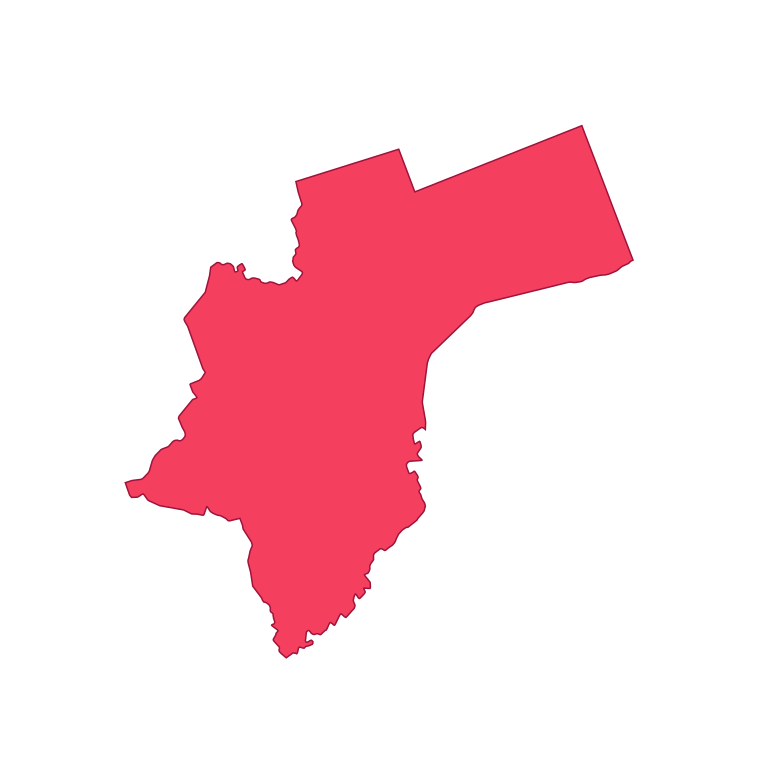 the border of Otjozondjupa, rotated 339°
{"feature_id": "NAM-3349", "entity_name": "Otjozondjupa", "entity_type": "Region", "adm_level": 1, "iso_a3": "NAM", "parent_name": "Namibia", "parent_adm1": "", "projection": "natural_earth1", "projection_center": [17.471, -20.567], "detail": "fine", "context": "isolated", "style": "filled", "palette": "rose", "viewbox_px": 768, "rotation_deg": 339, "n_neighbors": 0, "source": "natural_earth", "source_scale": "10m", "svg_char_len": 6099}
<svg xmlns="http://www.w3.org/2000/svg" viewBox="0 0 768 768"><g transform="rotate(339 384 384)"><path d="M661.3,213.7L661.2,223.3L661.2,238.5L661.2,253.8L661.1,269.0L661.1,284.3L661.0,299.6L661.0,314.8L660.9,330.1L660.9,345.3L660.9,357.6L658.2,357.8L656.4,358.7L655.0,359.1L648.4,359.5L642.8,361.4L641.3,361.7L634.1,362.0L630.3,361.6L625.0,360.0L614.0,358.3L609.8,358.3L606.2,359.0L604.1,358.9L599.4,357.9L597.4,357.2L594.8,355.8L593.0,355.2L509.5,344.7L506.8,344.3L500.6,344.4L497.7,344.9L495.7,345.9L492.4,349.4L489.2,351.3L439.7,372.2L438.6,372.9L435.0,376.2L432.0,379.9L413.6,413.9L413.0,415.6L409.7,432.5L409.0,435.0L406.3,441.3L405.5,439.8L404.8,439.0L403.8,438.1L402.1,438.2L394.7,440.1L392.7,441.5L391.6,446.2L391.1,449.9L391.1,450.9L391.5,451.1L392.4,451.0L395.8,450.3L396.7,450.3L396.9,450.7L396.9,451.7L396.7,454.1L396.4,455.4L395.9,456.6L394.5,457.7L390.9,460.2L390.0,461.1L389.9,462.3L390.1,463.5L390.4,464.6L391.9,467.7L392.2,468.6L391.6,468.8L380.8,465.5L379.8,465.3L378.9,465.5L377.7,465.9L376.7,466.6L375.8,467.7L375.4,470.0L375.3,475.6L375.5,476.5L376.0,476.8L377.0,476.9L379.1,476.7L380.9,476.2L381.3,476.5L381.6,477.4L382.4,481.2L382.5,482.5L382.3,483.6L380.8,485.1L380.5,486.2L380.6,487.5L381.1,492.7L381.1,493.9L380.8,494.9L378.2,496.6L378.1,497.4L378.1,497.8L378.4,499.2L378.6,500.2L378.6,501.1L378.3,504.6L379.2,509.7L379.1,511.2L378.8,512.9L376.0,516.8L373.8,518.3L367.3,521.7L366.0,522.9L355.2,526.3L353.0,525.9L348.7,526.9L343.8,529.4L340.3,532.6L338.1,535.0L336.9,536.0L334.1,537.5L329.3,538.6L326.3,539.7L325.5,539.8L324.9,539.6L323.3,537.6L322.3,536.7L321.4,536.6L320.3,536.8L315.5,538.2L314.4,538.7L313.3,539.4L312.6,540.7L311.4,544.1L310.8,544.7L307.4,546.9L306.3,547.9L305.4,549.1L304.6,551.4L304.2,552.1L303.4,553.1L302.4,554.0L301.4,554.8L300.2,554.9L298.1,554.8L297.4,555.1L297.5,556.2L299.6,562.8L299.9,563.9L299.9,564.7L298.8,568.0L298.4,569.0L297.8,569.8L296.9,569.6L292.7,567.6L291.9,567.5L291.8,568.1L292.0,570.4L291.9,571.5L291.1,572.3L290.0,573.0L285.2,575.3L284.2,575.5L283.7,575.0L283.3,574.0L282.8,571.4L282.4,570.4L281.9,569.8L281.0,570.6L280.1,571.6L278.4,573.9L277.8,575.0L277.6,576.2L277.7,580.0L277.0,581.4L275.7,582.8L265.8,587.9L264.7,588.3L264.0,587.5L263.3,586.4L262.7,585.0L262.1,583.9L261.4,583.1L260.4,583.6L259.3,584.4L252.5,590.8L251.6,591.4L251.1,591.4L250.4,590.4L249.8,589.1L249.0,588.0L248.2,587.4L247.0,588.2L245.9,589.2L243.8,591.4L242.8,592.3L241.7,593.1L240.3,593.1L235.6,595.1L234.6,595.2L233.2,593.9L231.9,593.0L229.1,592.9L227.8,592.0L226.9,590.8L226.1,588.3L225.6,587.3L225.0,587.0L224.0,587.1L223.0,587.6L222.2,588.6L219.3,594.3L218.8,595.1L218.6,595.8L218.8,596.7L219.2,597.5L220.1,597.6L223.5,597.0L224.4,597.2L224.9,598.0L225.3,599.2L224.8,600.4L223.8,601.3L220.7,601.5L217.6,601.1L216.6,601.1L215.6,601.6L214.7,602.0L213.6,601.4L211.5,599.7L210.6,599.3L209.7,599.9L208.9,600.9L207.4,603.2L206.6,604.1L205.9,604.6L205.3,603.9L203.9,603.2L202.8,602.4L194.6,604.6L191.3,598.5L190.7,597.1L190.4,595.9L190.6,594.9L190.9,594.3L191.7,593.3L191.9,592.6L191.9,591.8L189.0,584.4L188.9,583.3L189.4,582.4L192.9,579.6L194.0,578.0L196.1,576.9L196.7,576.5L196.4,575.4L193.0,569.9L192.6,568.9L193.0,568.6L193.9,568.5L195.1,568.6L196.0,568.1L196.8,566.9L196.9,563.4L197.6,560.0L198.0,559.3L198.0,558.8L197.8,558.2L197.1,557.0L196.5,555.9L196.6,554.8L197.0,553.7L197.6,552.5L197.8,551.0L197.6,549.1L195.9,546.2L195.0,545.3L194.1,544.8L193.7,544.6L193.1,542.5L193.0,539.7L189.0,525.7L192.0,512.0L193.1,502.3L193.5,500.8L193.9,499.7L195.2,498.1L199.1,492.0L203.2,487.6L203.6,484.0L200.5,468.9L201.3,464.9L201.3,457.8L191.3,456.5L190.4,456.2L189.6,455.8L189.1,454.9L188.3,453.2L187.9,452.6L184.5,448.7L183.6,448.0L181.9,447.0L180.5,445.9L177.8,443.1L176.7,441.6L176.0,440.1L175.2,436.0L175.0,435.3L174.6,435.0L174.0,435.6L169.6,440.9L168.9,441.5L168.2,441.7L167.0,441.1L162.7,438.4L157.9,436.4L151.7,429.7L131.1,417.3L122.9,409.0L121.9,407.6L120.3,401.4L119.9,400.6L119.5,400.2L118.4,400.3L114.8,401.1L113.7,401.3L112.9,401.2L107.7,399.4L107.0,397.6L106.7,396.3L107.1,383.4L114.2,383.8L122.7,385.9L124.2,385.9L125.7,385.5L132.0,382.5L133.6,381.3L140.1,372.7L141.6,371.3L145.0,368.7L152.2,365.4L153.2,365.2L159.6,365.2L160.6,365.0L165.7,362.3L166.6,362.0L167.9,361.7L169.4,361.9L171.0,362.4L172.8,363.9L174.3,364.0L175.9,363.7L177.4,362.9L178.8,362.0L180.0,360.9L180.5,359.3L180.8,357.8L180.7,356.4L180.1,352.3L179.8,342.4L180.4,341.5L181.4,340.4L199.8,329.9L202.9,330.0L203.8,329.9L204.5,329.6L204.4,328.5L202.7,323.2L202.6,322.0L202.7,315.1L203.0,314.7L203.6,314.5L212.7,314.4L215.5,313.5L221.3,309.2L220.4,304.6L221.4,259.9L220.5,254.6L220.4,252.6L220.4,252.4L221.0,251.3L221.8,250.5L250.0,234.3L259.8,220.6L264.1,212.9L271.5,210.8L272.9,211.3L274.2,212.2L274.7,213.4L275.7,214.5L277.2,215.2L280.7,215.0L282.4,215.8L283.8,216.9L285.1,219.4L285.4,220.3L285.4,221.4L284.9,225.0L285.1,225.9L285.8,226.2L286.8,226.3L287.7,226.2L288.3,225.9L288.5,224.9L288.5,223.8L288.7,222.7L289.2,222.0L291.8,221.1L294.0,220.7L294.6,220.9L294.9,221.8L295.4,225.6L295.5,226.7L295.3,227.7L294.5,228.0L292.7,228.3L292.1,228.7L292.0,229.7L292.2,234.6L292.4,235.7L292.7,236.4L293.5,237.2L294.6,237.8L296.0,238.2L298.2,237.8L299.7,238.1L301.0,238.6L304.5,241.1L305.1,241.6L305.5,242.3L305.6,244.3L306.3,245.2L308.2,246.9L309.5,247.5L311.1,248.0L313.6,247.7L315.4,248.5L317.1,249.7L320.8,253.2L321.3,253.6L321.8,253.9L328.3,254.2L329.7,253.7L333.0,252.1L335.6,251.5L336.8,251.5L337.4,252.2L337.9,253.2L338.6,255.4L339.1,256.4L340.0,256.4L341.3,255.7L346.1,252.7L347.2,251.7L347.9,250.6L347.3,249.1L343.7,244.0L342.8,242.3L342.5,240.8L342.5,239.2L342.8,236.5L343.4,235.6L343.9,234.9L344.6,233.2L348.3,231.1L348.7,229.8L349.0,228.3L349.3,227.0L350.4,226.3L351.7,225.9L353.0,225.7L354.0,225.1L354.7,224.2L355.2,222.0L355.6,218.4L355.6,214.0L355.8,212.5L356.1,211.0L357.0,210.1L357.1,208.4L357.1,206.8L356.2,198.4L356.4,197.2L357.1,196.7L358.3,196.5L359.7,196.5L361.4,195.9L363.3,194.6L365.9,191.1L367.8,189.7L370.8,188.1L371.9,186.7L372.7,173.9L374.3,163.4L481.9,170.1L481.6,215.7L661.2,213.7L661.3,213.7Z" fill="#f43f5e" stroke="#9f1239" stroke-width="1.5"/></g></svg>